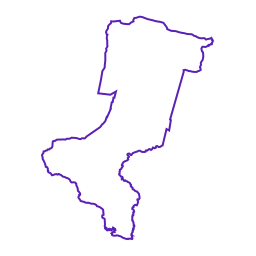 La Candelaria, Salta, Argentina (Natural Earth projection), rotated 269°
{"feature_id": "61730980B21173322628341", "entity_name": "La Candelaria", "entity_type": "district", "adm_level": 2, "iso_a3": "ARG", "parent_name": "Argentina", "parent_adm1": "Salta", "projection": "natural_earth1", "projection_center": [-65.359, -26.083], "detail": "fine", "context": "isolated", "style": "outline", "palette": "violet", "viewbox_px": 256, "rotation_deg": 269, "n_neighbors": 0, "source": "geoboundaries", "source_scale": "gbopen_adm2", "svg_char_len": 5731}
<svg xmlns="http://www.w3.org/2000/svg" viewBox="0 0 256 256"><g transform="rotate(269 128 128)"><path d="M216.5,212.6L215.9,211.8L215.8,210.3L215.1,207.5L216.5,205.9L216.4,203.0L216.7,201.0L217.8,198.4L218.5,197.6L219.0,195.7L220.3,194.0L220.7,192.7L220.9,189.0L221.9,185.6L222.1,184.1L222.8,181.0L224.0,177.5L224.4,172.9L226.2,168.9L227.3,168.8L228.5,168.2L232.6,165.2L233.5,162.2L234.4,157.3L235.1,155.3L236.6,149.3L238.7,144.2L239.1,141.4L238.0,138.1L237.9,136.3L236.0,135.2L234.5,135.4L233.6,133.2L231.8,130.9L231.9,128.8L232.3,125.3L233.2,122.9L234.1,122.3L235.4,121.9L234.8,116.1L234.8,113.8L235.0,113.1L233.0,112.7L231.3,110.7L230.0,109.8L227.8,109.7L225.5,108.1L224.1,107.7L223.4,108.0L222.3,108.2L221.6,109.1L220.9,108.7L219.3,108.4L217.5,108.4L215.6,108.8L212.4,108.7L210.0,108.9L207.6,107.5L205.8,107.9L203.4,106.6L195.8,106.5L190.8,105.8L189.2,105.8L188.2,105.4L185.4,103.4L176.2,101.7L163.2,98.8L161.6,111.0L164.7,116.6L158.5,114.9L158.6,114.0L154.1,113.1L154.0,112.2L147.5,110.8L147.4,111.1L139.2,107.3L139.4,106.9L135.4,105.5L132.8,103.3L132.3,102.4L129.4,100.2L120.4,86.7L119.6,85.8L118.6,85.0L118.3,84.0L118.6,82.7L118.4,81.6L117.7,80.3L117.9,79.0L118.7,76.7L119.0,75.2L119.1,73.4L119.3,71.5L118.3,69.5L118.3,66.5L117.5,65.3L117.7,63.5L117.6,56.7L116.3,54.5L116.2,53.0L115.5,52.5L110.9,52.1L109.6,51.4L108.8,50.3L108.7,49.4L107.8,48.5L108.0,47.4L107.0,46.6L106.9,45.6L106.2,44.4L106.0,43.2L104.6,43.0L102.7,41.7L102.0,41.6L99.9,42.2L98.7,42.1L95.4,43.8L92.4,44.8L90.6,45.1L90.2,46.5L89.5,46.8L88.5,47.2L87.4,47.0L86.7,47.5L86.0,47.2L85.1,47.7L84.4,49.3L83.8,50.1L82.1,51.1L82.1,51.7L83.0,54.3L83.2,55.6L82.6,56.8L83.3,58.0L82.7,58.9L82.1,60.4L80.6,61.9L80.2,63.6L79.2,65.6L78.9,66.8L77.8,68.5L75.0,70.0L74.5,70.8L74.7,72.5L74.4,74.2L73.2,75.3L71.7,75.3L68.5,76.7L66.8,76.7L65.8,77.0L65.3,77.7L64.3,78.3L63.6,78.9L62.5,79.0L62.1,78.1L61.4,78.4L60.7,77.5L59.6,77.2L58.8,77.5L56.9,78.9L55.8,79.4L55.6,80.5L55.1,81.6L55.0,82.7L54.4,83.6L53.9,85.2L54.0,87.0L53.1,89.5L52.9,90.6L52.9,91.9L52.4,93.6L51.5,95.0L50.4,95.5L50.0,97.0L49.0,99.1L48.3,99.8L47.6,100.9L46.8,101.6L44.7,101.9L43.6,101.8L42.7,102.1L41.5,102.0L41.1,100.8L39.5,100.6L38.7,101.0L38.0,102.5L37.4,103.1L31.7,103.3L30.7,103.0L28.3,103.3L28.2,103.9L28.7,104.4L28.3,104.8L28.0,104.7L27.7,103.8L27.4,103.8L27.1,104.3L27.4,104.9L27.2,105.1L26.2,105.1L26.0,105.4L26.1,105.8L27.0,106.1L27.4,107.1L27.5,107.4L27.1,107.5L26.3,106.5L26.1,107.2L26.7,107.9L26.8,108.4L27.3,109.0L27.2,109.2L26.8,108.8L26.4,108.9L26.0,109.2L25.9,109.5L26.7,110.2L27.2,110.9L27.6,111.0L26.8,111.4L26.9,111.8L28.4,111.5L28.5,111.7L28.3,111.9L27.3,112.3L27.2,112.6L27.5,113.0L27.4,113.3L27.2,113.3L26.5,112.9L25.9,112.9L25.8,113.3L25.0,112.4L24.2,112.7L24.2,111.7L24.0,111.4L24.2,111.1L23.6,110.3L23.2,110.2L22.9,109.7L22.6,110.1L22.2,110.3L21.4,110.1L20.9,110.8L20.6,111.7L20.6,114.3L20.9,115.0L20.8,115.7L20.5,116.4L19.9,118.4L19.3,119.7L18.6,120.5L17.6,123.0L17.0,124.9L17.2,125.5L17.0,125.8L16.9,126.1L17.3,126.8L17.2,127.1L17.4,129.0L16.9,129.8L17.0,130.3L17.8,130.5L18.7,130.0L19.7,130.2L20.1,129.8L20.5,129.7L20.5,130.0L20.7,129.7L21.3,130.0L21.8,129.6L23.6,130.5L23.8,130.9L24.2,131.0L24.9,130.7L25.3,130.9L25.6,131.3L26.2,131.5L26.9,131.1L27.1,131.2L27.1,131.9L28.2,131.8L29.3,132.6L29.5,132.6L29.9,132.0L30.1,132.0L30.3,132.6L30.5,132.6L30.8,132.2L31.5,132.2L32.0,131.8L33.3,131.9L34.3,131.4L34.9,131.3L35.4,130.7L35.8,130.6L36.4,130.8L37.0,130.6L37.8,130.8L39.2,130.7L40.1,131.3L40.6,131.0L40.8,131.1L40.9,131.8L41.0,131.9L41.9,131.7L42.9,132.0L43.5,131.7L43.7,131.8L43.9,132.5L44.3,132.7L45.8,132.3L46.6,131.6L47.1,130.8L47.7,131.1L48.4,131.1L48.7,131.4L49.0,132.3L50.0,132.3L51.0,133.6L51.0,134.1L50.5,135.4L50.6,135.6L53.1,136.6L54.2,136.7L56.1,136.1L56.5,136.2L56.6,136.6L56.3,137.2L56.3,137.4L57.1,138.1L57.5,138.3L59.3,138.3L62.1,137.7L64.2,136.0L64.9,134.1L66.3,132.8L66.4,132.2L66.8,131.6L67.2,131.4L68.3,131.5L69.6,129.8L70.3,129.8L70.4,130.0L71.1,130.1L72.2,129.1L73.0,128.9L73.8,127.5L73.9,127.0L74.7,126.1L75.0,125.0L75.6,124.5L75.2,123.4L75.2,123.2L75.5,123.0L76.0,122.9L76.8,122.3L76.7,120.9L77.3,120.8L78.3,121.7L78.7,121.8L79.3,121.3L79.4,120.3L79.7,119.9L80.3,119.7L81.0,118.8L81.9,118.3L82.2,118.3L82.6,118.8L83.6,118.9L84.4,118.7L85.3,119.2L86.4,119.1L87.1,120.4L88.2,120.9L88.4,121.2L89.9,122.2L90.3,122.1L90.2,121.6L90.7,121.2L91.1,121.2L92.5,121.9L94.2,123.1L94.7,124.1L94.8,124.8L95.5,126.1L95.7,126.8L96.5,127.7L97.9,127.2L98.3,127.5L98.9,128.4L99.1,128.5L99.6,128.2L100.9,127.1L101.5,126.9L102.2,127.4L102.5,128.6L102.1,129.3L101.1,130.0L100.9,130.4L100.9,130.8L101.3,131.2L102.7,132.2L103.5,134.1L104.4,137.1L105.0,138.1L105.1,138.9L105.0,139.8L104.1,141.0L103.8,141.8L103.8,144.6L104.0,145.1L105.2,145.4L105.3,145.8L105.1,146.4L105.1,146.9L106.3,148.3L106.5,148.7L106.6,149.3L105.7,150.4L105.8,151.0L106.8,152.0L108.0,152.5L107.9,153.3L107.6,153.5L107.4,153.8L107.3,154.3L107.6,155.0L107.7,155.4L108.0,155.5L108.4,155.5L109.3,155.9L109.4,157.0L108.5,158.1L108.4,158.6L108.7,160.1L109.6,161.3L110.0,162.0L110.0,162.3L126.3,166.5L124.8,169.1L135.2,171.0L135.7,170.2L183.3,184.7L184.9,184.6L185.2,186.1L184.5,188.4L183.8,190.0L183.9,190.9L183.3,192.7L182.9,195.2L182.9,198.0L183.6,198.8L183.8,199.9L184.8,201.7L186.1,201.6L187.5,201.0L190.0,202.1L191.5,201.9L192.3,202.1L193.1,202.7L193.8,203.0L194.7,203.8L197.6,204.5L200.1,204.5L201.9,204.3L202.8,204.0L203.2,203.4L204.7,203.0L206.3,202.8L207.9,203.8L207.9,205.5L207.6,206.7L208.1,208.2L208.8,209.0L208.8,209.3L209.0,209.5L208.8,209.9L209.7,210.1L209.7,210.5L209.3,210.7L210.2,211.9L210.3,213.3L210.9,213.4L211.3,213.1L212.2,213.8L213.5,214.4L213.7,214.1L214.1,214.1L214.4,213.6L215.0,213.8L215.2,213.5L216.0,213.3L216.1,212.7L216.5,212.6Z" fill="none" stroke="#5b21b6" stroke-width="2"/></g></svg>